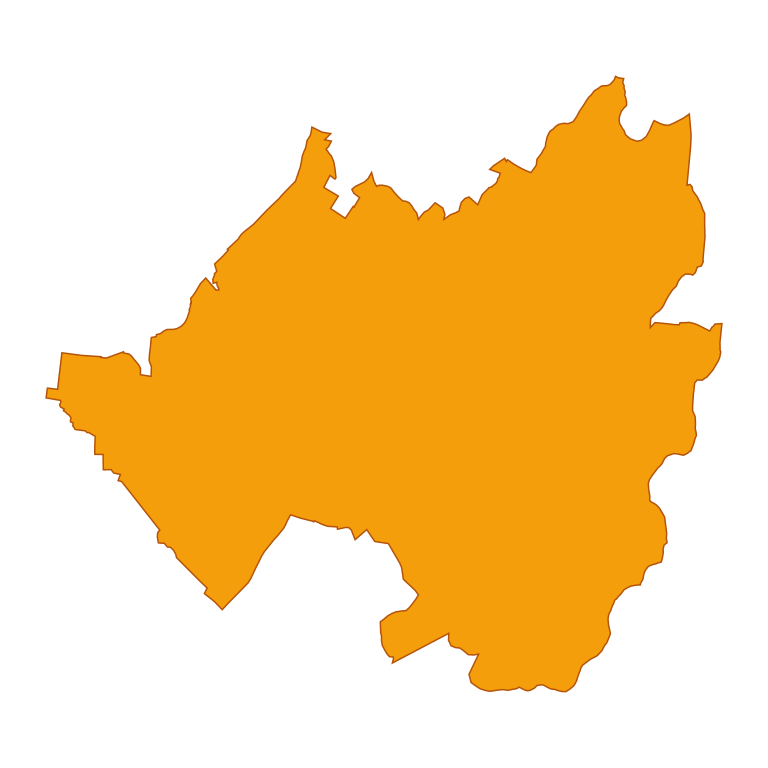 Colipa, Veracruz, Mexico
{"feature_id": "50627088B43459310731784", "entity_name": "Colipa", "entity_type": "district", "adm_level": 2, "iso_a3": "MEX", "parent_name": "Mexico", "parent_adm1": "Veracruz", "projection": "robinson", "projection_center": [-96.707, 19.935], "detail": "fine", "context": "isolated", "style": "filled", "palette": "amber", "viewbox_px": 768, "rotation_deg": 0, "n_neighbors": 0, "source": "geoboundaries", "source_scale": "gbopen_adm2", "svg_char_len": 6071}
<svg xmlns="http://www.w3.org/2000/svg" viewBox="0 0 768 768"><path d="M667.1,542.7L666.3,538.1L666.7,533.5L664.6,517.0L660.3,509.5L658.8,507.4L655.9,504.6L650.3,501.3L649.6,499.6L649.9,496.6L648.7,489.6L648.3,483.4L649.5,479.6L651.9,475.9L657.9,467.9L660.3,465.7L662.1,463.5L664.6,458.5L667.2,455.9L673.6,453.6L677.2,453.9L683.3,455.2L684.6,454.8L687.5,453.2L691.0,450.6L693.8,443.4L694.9,439.1L696.4,435.3L695.9,431.5L695.2,428.5L695.5,424.2L695.3,418.4L695.0,416.2L692.6,410.8L692.6,405.5L693.4,394.3L694.7,382.9L697.2,380.0L702.4,380.1L705.1,378.1L707.1,376.9L712.9,370.0L718.3,360.9L719.7,357.4L720.8,351.8L720.1,350.4L720.0,342.0L721.9,323.6L714.9,324.1L713.6,326.1L712.1,327.1L709.7,331.0L697.7,324.9L694.1,323.5L689.3,322.4L684.6,322.7L680.1,322.7L679.1,324.8L674.4,324.6L666.9,323.7L655.0,322.6L650.3,327.6L650.3,323.5L650.8,318.2L653.3,315.8L655.7,313.2L659.2,310.9L662.2,307.6L664.2,304.1L666.5,299.4L669.0,295.0L672.8,289.5L676.4,286.0L678.2,281.4L681.3,277.1L685.2,274.1L690.4,274.2L692.8,275.1L695.4,272.5L697.3,267.1L701.3,266.0L703.2,261.8L703.0,258.9L705.0,236.9L704.6,222.8L704.7,213.6L702.9,209.8L700.9,204.0L697.2,196.8L692.7,190.6L692.1,186.9L690.0,184.4L687.0,185.3L690.6,146.5L691.0,139.0L691.0,133.8L689.3,114.0L683.5,118.1L673.8,123.1L668.7,125.3L664.6,125.0L660.6,123.8L654.1,120.6L653.0,122.6L649.6,130.4L646.2,136.6L641.5,140.3L636.8,141.2L630.2,138.8L625.6,134.8L623.8,130.1L623.3,129.8L619.6,123.5L619.1,119.5L619.7,115.7L621.6,110.8L624.3,107.6L626.5,105.5L626.6,102.3L625.8,98.0L624.7,95.3L625.2,91.6L624.0,88.2L624.1,85.7L622.7,82.6L623.7,78.6L618.3,77.8L615.5,76.4L614.4,79.5L612.2,82.3L609.7,84.7L607.1,85.6L601.7,85.9L597.8,88.7L594.3,90.8L590.9,95.3L589.0,96.9L586.6,100.3L583.6,105.2L579.7,110.9L576.6,116.7L573.1,121.7L568.1,123.7L563.8,123.3L558.7,124.4L555.8,126.3L553.2,129.0L550.3,131.0L548.7,133.5L547.3,136.7L546.7,138.5L546.5,140.3L545.7,143.1L545.4,146.5L543.7,149.3L541.3,153.6L537.0,159.2L536.3,165.2L531.0,172.6L526.1,170.7L520.9,168.2L513.7,164.1L507.6,159.8L506.9,160.1L506.5,161.6L505.5,160.4L504.6,158.3L493.6,165.7L489.7,169.4L500.2,173.2L498.9,177.6L497.8,178.4L497.3,181.2L495.9,183.4L491.3,187.0L488.8,187.7L488.6,188.2L482.1,194.7L477.7,204.8L469.0,197.0L465.1,198.4L461.4,202.3L460.0,206.7L459.0,211.0L455.6,212.8L450.5,214.7L443.9,219.4L444.9,214.3L442.8,208.0L435.1,202.8L428.2,210.1L424.3,212.1L420.7,216.3L418.3,219.5L416.8,213.1L414.1,209.8L411.6,205.7L409.1,202.7L404.9,201.0L402.9,201.1L398.2,196.8L393.7,191.7L391.1,188.2L387.7,186.3L382.3,185.2L378.8,185.3L376.6,186.4L374.0,181.4L371.6,172.5L368.0,178.7L364.7,181.8L355.1,186.6L351.9,189.4L353.9,193.3L359.6,197.6L354.0,207.1L353.2,206.4L345.3,218.3L330.5,208.5L338.3,196.1L324.1,187.6L324.4,187.0L324.1,186.8L330.0,175.4L334.9,179.1L336.0,177.7L334.8,167.4L333.7,161.6L331.3,155.8L329.9,154.4L326.1,149.1L328.6,146.5L331.4,141.1L324.7,139.8L330.7,133.6L322.1,132.2L311.9,127.1L311.2,131.8L310.4,135.2L307.0,140.7L306.1,145.8L305.4,148.4L304.1,151.2L302.3,156.1L301.3,162.2L300.3,167.1L295.5,181.2L285.3,191.6L280.4,196.8L279.8,197.8L266.8,210.3L253.3,224.5L244.7,231.3L241.5,234.2L239.4,237.0L238.4,238.9L227.4,249.2L228.4,249.9L225.6,253.1L222.9,256.1L214.6,264.0L216.8,271.5L214.5,273.5L214.5,275.5L214.0,276.3L212.8,279.4L213.2,283.3L216.7,282.3L217.2,285.8L218.7,288.4L218.8,289.9L216.0,290.1L205.7,278.0L200.4,283.7L195.3,292.3L192.6,296.2L190.8,298.1L190.7,299.1L191.3,301.8L191.2,302.8L190.9,302.3L190.3,304.5L190.5,306.4L189.1,309.9L189.7,310.8L189.2,311.8L187.2,318.0L184.7,322.7L181.5,326.1L177.0,328.6L173.2,329.4L167.0,329.5L163.9,331.0L160.2,333.7L156.5,334.6L156.0,336.7L151.3,337.5L150.5,346.0L149.5,354.2L149.1,360.4L151.4,366.8L151.1,376.4L140.4,374.7L140.5,368.4L138.9,365.2L131.1,355.7L129.0,354.0L123.6,353.0L123.5,351.8L106.5,358.0L101.0,357.5L101.1,356.7L81.8,355.4L61.9,352.8L57.6,389.3L47.4,388.1L46.1,397.9L60.5,400.4L60.8,401.6L60.6,403.1L59.5,404.8L60.6,407.1L64.2,409.0L63.4,410.7L65.5,412.0L67.2,413.8L68.7,414.8L69.8,416.0L71.1,418.1L70.4,420.1L70.5,421.8L73.2,423.0L72.8,425.9L74.3,428.0L75.1,429.5L85.5,430.9L87.0,432.6L88.6,432.5L95.0,436.2L95.3,437.1L95.1,438.5L94.8,446.2L94.8,454.3L103.1,454.5L103.3,469.8L111.3,469.6L111.3,469.9L113.8,473.1L120.4,474.4L118.1,480.6L121.7,481.6L159.8,530.1L157.7,532.5L157.3,536.8L158.4,542.9L164.3,543.3L167.4,547.0L170.5,547.3L173.5,550.2L175.8,554.4L176.5,557.6L199.7,580.9L207.1,588.0L204.4,593.6L212.5,600.0L215.2,602.3L222.2,609.7L227.8,603.6L247.9,583.1L250.6,578.9L256.4,566.6L258.6,562.4L261.3,556.7L264.2,551.9L274.4,539.1L277.7,535.6L283.3,528.7L285.4,525.1L287.0,521.4L290.5,514.8L301.1,518.3L311.8,521.0L313.8,521.8L314.3,520.7L322.9,524.7L327.7,526.3L337.2,526.9L337.5,529.2L345.9,527.4L348.9,527.7L351.3,530.0L355.1,539.7L366.7,529.6L374.8,541.5L388.4,543.6L399.8,563.2L401.6,567.5L403.4,579.3L415.3,590.5L418.4,594.9L416.2,598.6L413.0,603.0L409.7,607.2L406.1,610.6L401.4,611.0L395.7,611.9L391.9,613.5L387.7,615.9L383.6,619.4L380.3,621.8L380.7,633.0L381.5,635.8L381.5,640.6L382.4,645.7L386.5,653.1L388.2,655.3L389.7,656.8L393.1,656.9L393.5,658.4L392.4,663.0L448.8,633.3L448.5,640.2L451.1,645.8L455.5,647.6L459.7,648.0L462.7,650.0L468.2,654.6L473.5,655.0L478.6,654.2L469.0,674.3L471.1,682.5L474.8,685.3L480.0,688.7L485.3,690.4L489.9,691.3L499.2,689.9L502.8,689.6L508.1,690.3L513.2,689.2L516.6,688.7L519.2,687.1L523.4,689.4L526.8,690.7L529.7,690.5L534.5,688.1L537.0,685.5L539.7,685.0L543.1,684.9L549.8,688.5L552.2,689.3L554.1,689.2L558.5,690.7L562.5,691.6L566.0,691.6L570.3,688.8L574.1,685.4L576.5,681.0L578.2,675.4L579.9,671.1L581.1,667.5L582.5,665.3L590.2,659.4L597.3,655.6L601.9,650.7L603.2,648.1L604.9,645.1L606.7,642.9L608.2,639.4L610.4,633.8L609.8,630.3L608.6,625.6L608.0,618.9L608.7,614.6L610.7,610.6L612.1,606.6L613.7,603.3L614.7,600.2L616.9,598.5L617.9,597.0L620.6,594.3L624.2,589.6L627.5,587.7L630.8,586.1L635.8,585.2L640.4,584.9L640.3,584.0L642.9,579.2L643.9,573.8L645.4,570.2L648.4,566.3L652.7,564.6L656.1,563.8L657.3,563.2L661.3,562.0L662.5,557.2L663.3,552.5L663.1,549.3L664.0,545.1L667.1,542.7Z" fill="#f59e0b" stroke="#b45309" stroke-width="1.5"/></svg>